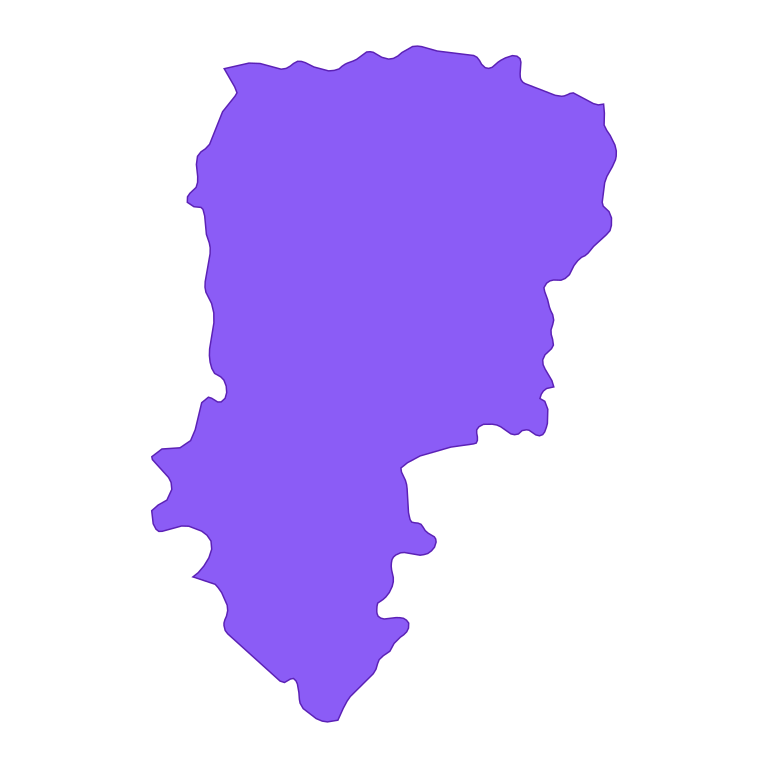 Aisne, Albers equal-area conic projection
{"feature_id": "FRA-5263", "entity_name": "Aisne", "entity_type": "Metropolitan department", "adm_level": 1, "iso_a3": "FRA", "parent_name": "France", "parent_adm1": "", "projection": "albers", "projection_center": [3.618, 49.454], "detail": "fine", "context": "isolated", "style": "filled", "palette": "violet", "viewbox_px": 768, "rotation_deg": 0, "n_neighbors": 0, "source": "natural_earth", "source_scale": "10m", "svg_char_len": 3683}
<svg xmlns="http://www.w3.org/2000/svg" viewBox="0 0 768 768"><path d="M573.3,92.9L593.4,103.6L598.3,104.9L603.6,104.1L604.4,113.2L604.1,125.1L606.8,130.5L610.2,135.5L614.9,145.0L616.3,150.9L616.2,156.1L615.5,159.7L612.4,166.6L606.9,176.4L604.7,182.6L602.2,202.3L603.2,206.1L609.0,211.6L611.5,217.9L611.4,225.4L610.0,230.6L606.5,234.6L593.6,246.4L588.1,253.1L585.0,255.7L581.5,257.3L577.8,260.6L574.0,265.5L569.4,274.7L565.1,278.5L561.0,280.2L553.6,280.0L549.9,280.9L546.6,283.2L543.9,287.7L544.7,291.6L547.6,299.6L549.4,307.1L550.8,310.9L552.7,314.7L553.7,320.1L552.7,324.6L551.0,329.9L551.2,334.4L552.6,339.3L553.4,345.1L551.5,348.7L545.0,354.8L542.7,359.9L543.1,364.7L545.1,369.1L551.9,380.6L553.8,386.9L546.6,388.5L543.4,391.0L541.3,394.2L539.9,398.5L544.8,401.3L547.8,409.3L547.4,423.4L546.4,427.2L544.7,431.9L542.7,434.6L539.5,435.8L535.8,434.9L529.0,430.2L526.4,429.8L522.1,430.6L518.4,434.0L514.6,434.7L510.9,433.9L500.6,426.7L496.8,425.0L492.2,424.2L483.5,424.3L479.0,426.7L476.7,429.8L476.7,433.2L477.4,436.9L477.4,440.4L476.2,443.1L473.4,443.9L450.8,447.1L420.2,455.9L407.5,462.7L400.9,468.0L401.5,472.1L405.4,480.3L406.6,484.6L407.1,488.8L408.5,512.6L409.3,516.4L410.1,519.7L411.7,522.1L414.8,522.8L418.0,523.1L421.0,524.3L423.1,527.2L425.2,530.6L428.2,533.2L434.3,536.8L435.7,539.0L436.1,542.1L434.5,547.2L431.5,550.8L427.8,553.5L424.0,554.6L420.1,555.2L404.4,552.5L400.6,552.8L395.8,555.0L393.5,557.0L392.0,559.6L391.4,562.9L391.2,566.3L391.6,570.0L393.3,577.5L393.3,581.7L392.2,586.4L389.3,592.5L385.8,597.0L383.0,599.5L377.7,603.1L377.0,606.2L376.8,609.2L376.8,611.9L377.1,613.7L378.1,616.2L380.7,618.1L384.2,619.0L396.1,617.6L399.9,617.7L403.5,618.3L406.5,620.2L408.7,623.1L408.5,628.1L406.7,631.8L403.7,634.8L400.3,637.2L394.1,643.4L389.9,651.2L383.3,655.7L379.2,659.6L377.6,663.6L376.0,669.2L373.2,673.8L350.3,696.5L347.1,701.1L343.2,708.4L337.9,720.2L327.5,721.9L322.2,721.1L316.2,718.6L303.2,708.6L300.1,703.2L299.4,699.4L298.9,692.6L297.4,684.0L296.0,680.9L293.5,678.5L290.5,679.0L284.5,682.5L280.1,681.1L227.7,633.8L225.2,630.5L224.0,625.6L224.0,623.0L224.9,619.7L226.5,616.1L227.7,610.6L227.2,605.2L221.7,592.7L218.2,587.7L215.2,584.3L192.9,576.9L198.2,572.7L203.9,566.0L208.9,557.8L211.7,549.2L211.0,541.1L207.0,535.2L201.6,531.1L188.8,526.2L181.6,526.0L162.2,531.3L158.8,531.4L156.0,529.2L153.2,523.8L151.7,510.7L158.2,505.0L166.9,500.1L171.8,489.4L171.1,482.5L168.6,477.5L152.4,459.6L151.8,456.7L161.9,449.0L180.0,447.8L190.6,440.6L195.2,429.8L201.7,402.7L208.4,397.2L211.6,398.2L217.7,402.0L221.2,401.9L225.1,398.3L226.7,392.6L226.2,386.1L223.9,380.1L220.7,376.8L214.6,373.4L211.8,368.4L210.1,362.1L209.4,355.6L209.6,349.0L213.9,322.8L213.8,312.9L211.6,303.5L205.9,292.2L205.0,287.2L205.2,281.6L210.1,253.8L210.2,247.8L209.3,242.9L206.4,234.4L204.7,216.0L203.0,209.4L201.0,207.4L193.9,206.7L187.3,202.3L187.5,196.8L189.9,193.3L196.1,187.4L197.6,182.4L197.7,176.6L196.4,164.5L197.5,156.3L200.9,151.9L205.4,148.8L209.6,144.3L222.6,111.7L235.0,96.2L237.0,92.8L234.7,86.9L224.2,68.7L248.9,63.1L260.1,63.5L281.2,69.2L286.2,68.4L290.3,66.1L293.5,63.5L297.6,61.3L301.4,61.4L305.4,62.7L314.0,67.0L328.6,70.9L334.3,70.4L339.1,68.9L342.0,66.3L345.1,64.2L347.4,63.1L353.2,61.0L356.6,59.4L366.6,52.0L370.1,51.7L373.3,52.3L381.8,57.3L388.6,59.1L393.4,58.4L397.9,56.0L402.0,52.5L412.6,46.5L417.5,46.1L421.6,46.6L437.1,51.0L473.7,55.5L477.0,57.3L479.5,60.5L481.6,64.3L485.2,67.7L488.7,68.4L492.2,67.3L498.0,62.2L500.8,60.3L505.4,57.9L512.4,55.6L517.0,56.2L520.0,58.6L520.9,62.2L520.1,73.8L520.3,77.2L520.7,78.9L521.3,80.2L522.8,82.2L525.0,83.6L555.2,95.3L561.7,96.3L564.4,95.9L568.2,94.4L569.8,93.5L573.3,92.9Z" fill="#8b5cf6" stroke="#5b21b6" stroke-width="1.5"/></svg>